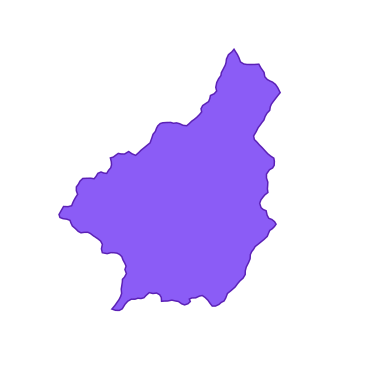 outline of Liberdade, Minas Gerais, Brazil, rotated 39°
{"feature_id": "56859067B15814439549012", "entity_name": "Liberdade", "entity_type": "district", "adm_level": 2, "iso_a3": "BRA", "parent_name": "Brazil", "parent_adm1": "Minas Gerais", "projection": "mercator", "projection_center": [-44.338, -22.009], "detail": "fine", "context": "isolated", "style": "filled", "palette": "violet", "viewbox_px": 384, "rotation_deg": 39, "n_neighbors": 0, "source": "geoboundaries", "source_scale": "gbopen_adm2", "svg_char_len": 3075}
<svg xmlns="http://www.w3.org/2000/svg" viewBox="0 0 384 384"><g transform="rotate(39 192 192)"><path d="M134.8,54.6L134.8,57.9L133.9,62.3L135.1,67.0L136.9,69.8L138.0,72.4L138.9,76.7L139.7,80.8L141.2,83.3L141.4,87.2L142.3,91.3L144.6,95.7L147.6,98.0L147.4,101.7L145.6,105.4L147.0,108.1L148.0,111.3L147.2,113.9L145.9,118.1L146.6,121.6L149.1,123.7L149.1,127.1L148.7,131.0L148.0,134.4L147.2,137.1L146.8,140.5L146.2,143.8L143.1,145.8L139.4,146.7L136.5,148.0L134.3,150.3L131.7,151.3L128.4,154.1L125.7,156.6L124.2,158.8L123.8,162.1L124.3,164.8L125.4,168.0L125.4,171.7L126.8,175.3L128.5,180.2L127.6,184.5L126.8,188.4L126.1,191.6L125.8,194.8L125.1,199.0L121.2,200.1L117.3,200.4L115.7,204.9L112.9,207.1L110.4,208.4L109.6,211.3L108.9,214.3L107.1,216.9L110.3,219.3L112.4,221.6L113.6,224.3L113.5,227.6L114.0,231.2L111.5,232.8L108.7,233.7L107.1,236.7L107.6,240.3L107.6,243.3L104.8,244.9L102.0,247.2L98.6,250.2L98.1,254.0L98.8,257.5L98.9,260.8L101.3,263.8L104.6,265.8L104.9,269.2L105.5,272.8L106.2,275.6L107.1,278.4L104.9,281.4L101.3,284.1L102.0,288.6L102.8,293.2L105.4,294.9L108.5,293.9L111.8,291.9L115.0,290.8L117.3,292.2L120.4,293.7L124.4,293.8L128.4,294.2L131.4,293.6L133.7,291.1L136.5,288.8L139.1,288.2L143.1,288.1L148.3,287.6L151.8,287.6L155.3,289.1L157.4,293.2L160.5,295.6L164.9,293.3L167.1,290.2L169.6,288.3L172.2,286.7L175.1,286.1L178.1,286.4L181.1,288.2L184.7,289.7L187.4,291.1L188.7,294.5L192.4,296.7L193.1,300.7L192.9,303.6L194.6,305.9L196.0,308.3L198.1,312.0L201.2,315.2L202.3,318.3L203.0,321.5L203.2,324.7L203.5,328.8L203.4,333.4L207.0,332.1L210.0,329.8L211.3,326.7L210.6,321.4L210.8,317.3L212.3,313.5L215.2,311.1L216.8,308.6L219.4,306.9L221.2,304.4L221.4,301.3L222.1,297.1L225.5,295.5L228.1,292.8L231.6,292.2L234.5,293.3L237.1,296.1L239.1,294.2L241.7,292.0L244.4,288.7L247.9,287.0L250.4,285.6L254.3,285.4L257.3,284.4L259.2,281.4L259.6,278.2L257.3,276.9L258.5,274.5L261.5,271.9L263.3,268.2L265.1,266.0L268.5,265.7L272.6,266.1L276.3,267.2L279.5,267.9L282.0,265.9L283.7,262.4L284.2,259.4L285.5,256.5L284.9,253.1L283.4,248.6L284.4,243.9L285.3,238.7L285.1,234.7L285.2,230.8L285.9,226.9L285.3,222.7L283.0,219.7L281.4,216.2L280.3,211.1L279.2,207.4L276.7,203.9L275.9,200.7L275.9,198.0L275.4,194.7L276.1,191.6L276.9,187.9L277.8,183.6L278.4,179.1L277.3,175.6L276.6,172.9L277.5,170.0L277.8,167.0L277.6,164.1L274.8,163.1L271.4,163.1L268.2,164.1L264.9,162.7L261.4,159.9L258.3,160.8L255.5,160.7L251.7,158.2L250.5,154.7L250.4,151.8L250.4,148.6L251.3,144.6L248.6,142.1L246.9,139.6L244.7,136.6L241.1,134.3L238.6,131.2L238.2,125.9L239.5,122.6L239.1,119.6L236.7,116.3L234.3,114.2L230.4,114.6L226.8,114.6L223.3,114.1L218.7,113.4L214.6,113.0L211.4,112.4L207.5,112.0L204.6,109.7L203.9,104.8L202.9,100.3L202.8,96.8L202.6,93.9L202.6,90.9L201.3,87.3L200.7,83.6L201.0,79.6L199.2,76.5L198.4,73.8L198.2,70.6L198.1,66.8L198.0,63.2L198.0,59.3L193.0,57.0L189.3,55.9L185.4,55.9L182.9,56.6L179.7,57.2L176.0,56.6L172.7,53.7L167.4,52.2L163.5,50.6L160.5,53.4L157.1,56.2L154.3,58.4L151.7,59.9L147.8,60.4L143.9,58.1L140.7,56.6L137.6,55.6L134.8,54.6Z" fill="#8b5cf6" stroke="#5b21b6" stroke-width="1.5"/></g></svg>